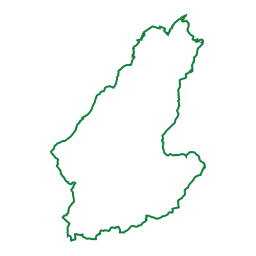 the district of Rau De Mori, Hunedoara, Romania
{"feature_id": "2599482B8520908508644", "entity_name": "Rau De Mori", "entity_type": "district", "adm_level": 2, "iso_a3": "ROU", "parent_name": "Romania", "parent_adm1": "Hunedoara", "projection": "equal_earth", "projection_center": [22.785, 45.403], "detail": "fine", "context": "isolated", "style": "outline", "palette": "green", "viewbox_px": 256, "rotation_deg": 0, "n_neighbors": 0, "source": "geoboundaries", "source_scale": "gbopen_adm2", "svg_char_len": 5742}
<svg xmlns="http://www.w3.org/2000/svg" viewBox="0 0 256 256"><path d="M119.9,232.4L124.4,232.4L124.8,231.6L125.8,230.9L127.0,230.6L128.8,229.0L130.9,226.5L132.5,225.9L136.3,226.8L137.7,226.5L138.4,225.5L140.5,225.3L141.2,225.0L142.9,222.7L144.5,222.0L146.6,220.1L146.5,219.7L145.8,219.1L145.7,218.6L146.7,217.6L146.2,216.0L146.6,215.5L149.4,215.9L150.6,216.7L153.0,217.4L153.5,217.3L153.8,217.6L157.2,218.9L160.9,217.5L162.8,216.1L164.5,216.1L167.6,214.5L168.8,212.6L170.5,212.2L172.0,212.7L172.4,212.5L172.8,211.3L172.4,208.9L175.1,208.1L178.7,207.5L178.0,201.0L178.5,200.2L182.2,197.8L182.8,196.6L184.6,195.1L185.0,194.0L184.6,190.3L186.7,188.2L188.0,187.7L188.4,186.2L189.6,184.2L190.7,182.8L191.7,182.0L193.5,179.7L194.6,177.8L195.7,176.7L199.0,175.2L200.5,175.0L200.5,174.6L201.7,172.2L202.0,170.8L203.0,169.6L203.2,168.4L203.6,168.1L203.8,167.6L204.4,167.9L204.5,167.5L205.1,167.0L204.8,166.6L204.7,165.4L204.4,165.3L204.5,164.0L203.9,163.1L201.5,161.7L200.2,160.6L199.6,159.7L198.9,156.4L198.0,155.5L196.1,154.2L194.9,152.7L193.9,152.2L189.8,152.1L189.3,152.8L186.0,155.4L186.0,156.0L185.3,155.0L182.8,154.0L177.9,155.1L177.5,154.8L176.8,155.0L175.2,154.9L174.9,155.2L173.7,155.4L172.1,155.0L171.0,154.2L170.2,154.1L169.6,154.4L168.7,155.3L167.8,155.5L166.0,154.5L164.0,152.2L163.5,149.3L162.7,147.2L163.2,144.8L163.5,142.4L162.4,141.8L162.0,140.6L162.2,139.8L162.8,139.6L163.0,138.8L162.9,137.3L162.5,136.5L162.5,135.6L162.7,135.1L164.3,133.8L166.3,130.9L174.8,122.7L175.5,119.7L176.3,118.4L177.6,116.8L178.5,114.1L178.2,113.0L177.3,111.5L177.0,110.2L178.2,108.6L178.7,106.8L179.3,105.8L179.0,104.7L179.1,103.3L178.1,100.9L179.1,100.1L179.2,99.4L178.9,98.0L178.6,97.4L179.0,96.2L178.6,95.5L178.5,94.2L178.7,93.6L178.4,92.5L178.5,91.7L178.1,90.2L179.2,88.1L179.8,87.5L180.0,86.0L179.8,84.8L180.0,83.8L179.6,81.8L180.1,79.7L182.9,78.7L184.1,78.5L185.9,77.7L186.1,76.0L185.7,74.6L186.1,73.8L186.8,73.8L188.7,72.8L189.8,71.4L190.3,71.8L190.7,71.1L191.1,72.0L191.5,71.7L191.4,70.9L192.0,71.3L192.6,70.7L192.4,69.5L192.1,68.8L192.4,67.3L192.1,66.5L192.2,65.6L192.0,65.1L193.4,62.4L193.9,62.1L193.5,61.1L194.1,60.4L194.2,59.8L194.0,57.8L194.4,57.5L194.4,57.0L195.1,56.7L196.6,54.9L196.6,54.4L197.2,52.9L197.1,51.9L197.8,48.6L198.1,48.2L200.3,46.4L200.8,45.5L201.8,44.9L202.9,43.0L201.7,42.5L202.9,41.4L202.8,40.4L202.1,39.6L200.3,39.8L199.2,40.5L198.8,41.4L198.2,41.4L198.2,41.2L197.4,40.9L197.5,39.2L197.3,39.2L197.0,39.5L197.1,41.1L196.9,41.8L196.0,41.7L195.7,41.4L196.0,40.4L195.2,39.9L194.1,40.1L192.7,39.4L193.5,36.8L193.4,36.4L193.0,36.1L190.8,34.9L188.5,32.3L188.4,31.8L187.6,30.9L187.8,30.0L187.4,29.3L188.9,25.4L188.5,24.8L188.7,23.7L188.1,22.6L187.3,22.2L186.6,20.9L182.9,21.5L182.6,20.7L182.1,20.9L181.9,20.0L183.8,18.8L184.1,17.1L185.5,16.2L185.8,15.4L182.1,17.1L181.2,17.8L180.4,19.1L178.7,19.4L177.8,20.5L174.9,22.6L174.5,23.5L173.2,24.8L173.2,25.6L172.0,26.4L171.8,27.1L172.2,27.7L172.1,28.2L170.8,28.7L169.6,30.1L169.9,31.1L169.3,31.5L169.2,32.8L168.2,33.4L168.0,34.7L167.6,34.6L167.4,34.0L166.8,33.9L166.6,33.2L166.8,32.7L165.4,32.3L164.3,31.1L164.2,30.3L164.9,29.7L165.1,28.7L162.7,27.5L160.0,26.7L159.8,28.5L152.6,26.4L143.9,32.2L144.0,32.8L143.4,33.3L143.9,33.7L143.4,33.9L143.7,34.2L143.6,34.3L143.8,34.4L143.7,35.4L143.2,35.4L143.4,35.8L143.7,35.8L143.5,36.0L143.4,36.3L143.0,36.2L142.6,36.9L142.0,36.5L141.9,37.3L142.0,37.4L141.3,37.9L141.5,38.4L141.3,38.7L141.7,38.8L141.6,39.6L141.5,39.8L139.9,39.7L137.5,40.3L139.0,41.7L139.0,42.2L136.4,45.3L135.5,45.9L134.4,46.3L133.2,48.2L133.9,48.5L133.4,50.7L133.8,51.5L133.7,52.7L133.9,52.7L133.6,53.6L133.4,53.7L133.3,54.3L133.5,54.6L133.1,54.7L133.1,55.1L132.6,55.3L133.1,56.0L132.7,56.6L133.6,56.7L134.4,57.2L132.2,60.6L131.2,64.4L130.5,65.2L128.0,64.8L124.9,65.7L123.0,66.9L120.1,69.9L119.3,70.1L118.7,70.6L118.4,71.2L118.6,71.9L118.5,73.3L118.2,73.9L118.5,74.8L118.0,76.0L117.0,77.4L117.1,79.3L116.6,80.3L116.1,83.5L113.7,87.4L113.4,87.7L109.9,86.2L106.3,86.9L105.0,88.0L104.2,90.7L103.5,91.1L101.2,91.7L100.3,92.6L100.0,93.6L99.6,94.1L97.6,94.8L96.5,96.3L94.9,101.0L94.8,102.2L93.3,104.8L91.3,110.0L89.0,113.3L88.2,114.1L86.8,115.2L82.4,117.7L83.1,118.8L81.8,119.5L80.9,120.7L79.6,121.5L79.4,123.1L78.4,123.5L77.1,124.9L76.7,126.2L76.7,126.9L75.9,128.3L76.1,129.4L73.3,133.4L70.4,136.8L65.0,140.8L64.4,141.0L62.8,141.0L60.1,142.5L57.9,143.2L57.1,143.7L56.8,144.3L55.2,145.4L54.6,146.1L54.3,147.0L54.2,148.0L53.9,148.7L50.9,151.7L51.8,153.5L53.0,154.5L55.5,157.8L57.9,159.1L58.0,159.8L57.5,162.1L58.0,164.2L56.9,165.4L56.8,165.9L60.4,170.6L60.8,172.1L60.8,173.1L61.2,174.4L62.1,175.1L62.9,176.7L63.7,177.1L64.4,178.0L64.5,178.6L66.1,181.1L67.2,181.8L67.9,182.0L67.9,182.6L68.2,183.0L70.5,184.2L71.7,183.8L72.5,182.6L74.0,182.4L74.9,182.7L75.3,183.3L74.9,183.5L74.5,184.4L73.6,185.3L73.4,186.8L72.9,187.8L71.3,189.7L71.7,190.8L73.0,192.7L72.9,195.4L73.7,197.8L73.8,199.3L73.8,202.2L72.2,203.2L71.4,204.9L70.6,205.4L68.9,208.0L68.7,209.8L68.3,211.1L68.3,213.0L66.7,214.0L66.6,215.3L64.4,215.5L62.7,217.4L64.1,218.8L69.3,223.4L69.4,223.8L68.7,224.7L68.8,225.6L67.5,227.4L67.8,231.2L67.4,232.3L67.8,233.8L67.8,235.7L68.0,235.5L69.6,235.8L70.8,236.9L71.1,238.5L70.9,239.6L71.3,240.6L72.0,240.1L74.5,239.7L74.6,239.2L75.5,238.8L75.0,234.2L75.7,234.1L76.7,234.1L77.2,234.6L78.8,234.7L80.4,235.1L82.3,234.6L83.1,233.9L82.5,234.7L82.3,235.3L82.4,235.9L83.3,237.0L85.1,237.7L87.1,238.8L89.4,238.4L91.4,239.1L95.9,239.1L95.7,237.5L96.6,235.6L98.7,234.0L99.4,234.3L100.0,233.9L100.1,233.6L99.9,233.1L99.9,232.2L100.9,230.6L101.3,230.4L103.7,230.9L104.4,230.3L105.8,230.3L108.8,231.0L109.5,230.4L110.4,228.6L111.9,227.3L115.1,228.0L115.8,227.9L115.9,227.3L117.7,227.1L118.3,226.7L118.9,227.5L119.9,229.7L120.1,231.5L119.9,232.4Z" fill="none" stroke="#15803d" stroke-width="2"/></svg>